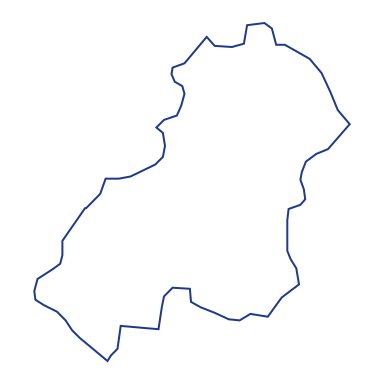 Jangseong-gun, South Jeolla, South Korea
{"feature_id": "91817680B915295689263", "entity_name": "Jangseong-gun", "entity_type": "district", "adm_level": 2, "iso_a3": "KOR", "parent_name": "South Korea", "parent_adm1": "South Jeolla", "projection": "natural_earth1", "projection_center": [126.763, 35.332], "detail": "fine", "context": "isolated", "style": "outline", "palette": "blue", "viewbox_px": 384, "rotation_deg": 0, "n_neighbors": 0, "source": "geoboundaries", "source_scale": "gbopen_adm2", "svg_char_len": 1065}
<svg xmlns="http://www.w3.org/2000/svg" viewBox="0 0 384 384"><path d="M206.7,36.9L184.5,63.3L172.6,67.6L171.5,74.2L174.8,81.8L182.3,86.1L184.5,93.8L181.2,105.7L176.9,115.5L164.0,119.9L156.4,127.5L162.9,132.9L165.0,146.0L162.9,156.9L155.3,164.5L130.5,176.5L118.6,178.7L105.6,178.7L100.2,193.9L86.2,208.1L85.1,208.1L62.4,240.8L62.4,255.0L60.2,263.7L52.7,269.2L37.5,279.0L34.3,291.0L35.4,299.7L37.5,301.1L44.0,305.2L57.0,311.7L65.6,320.4L72.1,330.3L79.7,337.9L107.5,361.0L111.0,355.4L117.5,348.8L120.7,325.9L145.6,328.1L158.5,329.2L161.8,307.3L164.0,296.4L172.6,287.7L189.9,288.8L191.0,301.9L200.7,307.3L214.7,312.8L228.8,319.3L239.6,320.4L250.4,313.9L267.8,316.7L281.7,297.5L299.0,284.4L296.3,268.3L290.7,259.3L287.3,250.9L287.3,234.1L287.3,220.2L288.6,209.0L300.4,204.8L305.2,199.3L303.9,189.5L300.4,179.7L301.8,172.1L305.9,161.6L316.3,153.9L328.0,149.1L349.7,124.2L337.8,110.1L330.2,91.6L321.6,73.1L309.7,58.9L284.9,44.8L276.2,44.8L271.9,28.5L264.4,23.0L247.1,25.2L243.9,43.7L232.0,47.0L214.7,45.9L206.7,36.9Z" fill="none" stroke="#1e3a8a" stroke-width="2"/></svg>